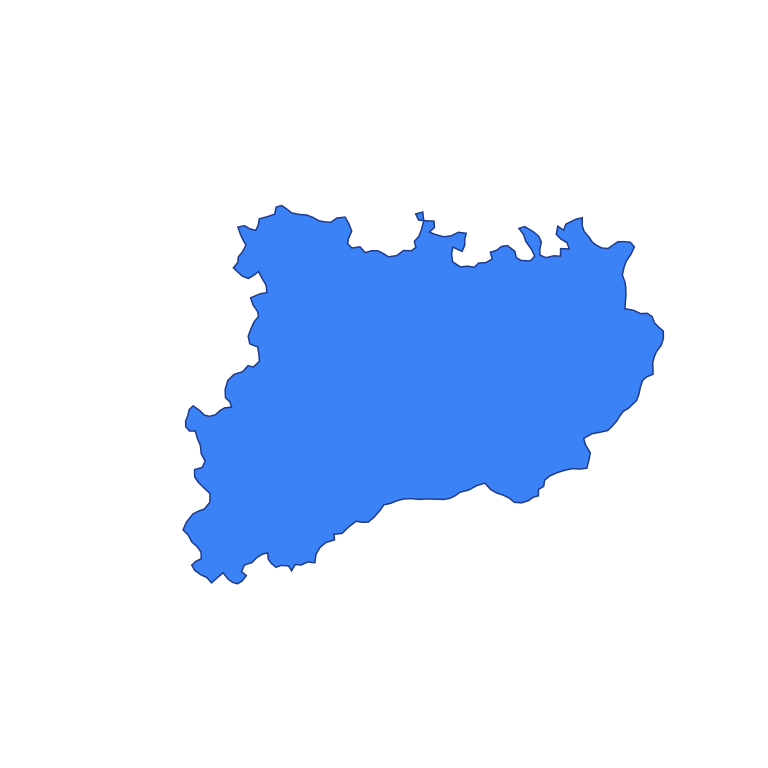 the district of São Vicente de Minas, Minas Gerais, Brazil, rotated 218°
{"feature_id": "56859067B71918006401006", "entity_name": "São Vicente de Minas", "entity_type": "district", "adm_level": 2, "iso_a3": "BRA", "parent_name": "Brazil", "parent_adm1": "Minas Gerais", "projection": "orthographic", "projection_center": [-44.466, -21.658], "detail": "fine", "context": "isolated", "style": "filled", "palette": "blue", "viewbox_px": 768, "rotation_deg": 218, "n_neighbors": 0, "source": "geoboundaries", "source_scale": "gbopen_adm2", "svg_char_len": 3712}
<svg xmlns="http://www.w3.org/2000/svg" viewBox="0 0 768 768"><g transform="rotate(218 384 384)"><path d="M453.2,537.2L449.4,528.4L447.4,521.6L448.0,515.2L443.0,511.3L444.5,505.8L450.7,501.3L453.1,492.9L458.7,487.0L465.5,486.3L470.9,485.2L475.8,481.4L479.6,476.0L487.4,477.3L493.0,471.4L499.0,472.1L501.5,476.7L503.6,484.6L509.9,488.4L517.3,491.6L523.3,485.8L525.6,478.5L530.1,475.5L535.6,472.6L542.5,471.5L548.7,469.7L555.6,465.2L562.1,462.0L568.9,462.0L574.4,461.7L577.9,457.0L574.7,450.6L578.8,444.2L584.0,437.3L581.0,432.1L579.6,426.2L584.8,423.8L591.5,422.8L595.7,417.7L588.9,413.3L583.1,410.4L578.3,408.6L576.9,401.0L577.1,394.5L574.1,390.0L574.2,382.8L567.3,382.1L561.9,381.8L555.9,383.6L553.4,390.0L552.1,395.4L545.0,392.1L537.5,389.2L532.6,383.9L537.3,378.5L542.2,369.8L535.7,365.6L528.3,363.3L524.5,360.0L524.6,352.7L522.6,344.8L520.4,338.0L514.5,333.0L506.3,335.4L500.4,329.9L496.2,325.2L497.4,316.8L502.4,314.8L503.0,306.6L508.1,299.2L509.3,290.7L505.7,281.7L500.4,275.5L494.7,275.1L489.9,271.9L494.8,267.2L496.9,262.0L498.0,255.7L501.6,251.1L506.3,248.9L513.3,249.6L521.0,249.3L521.7,243.8L519.1,238.2L517.5,232.6L513.9,228.2L508.4,227.2L503.8,230.7L497.3,226.1L490.9,222.5L485.2,216.6L477.4,213.1L475.9,206.3L480.6,199.9L475.9,194.1L469.6,192.2L462.9,191.4L453.7,190.5L448.4,183.5L448.6,174.7L451.8,169.9L454.6,163.9L454.6,153.5L452.5,145.3L445.3,144.4L438.2,141.2L431.2,140.8L424.6,138.8L420.4,133.7L423.0,128.8L424.0,122.9L418.3,120.6L410.8,120.9L404.7,122.4L397.5,121.1L396.1,128.6L394.5,136.1L386.9,134.3L381.4,134.4L376.4,136.4L374.5,141.5L374.5,148.3L380.8,148.5L382.5,155.5L378.1,162.0L377.5,168.2L375.2,174.9L371.7,179.3L367.4,174.7L362.1,173.2L356.2,173.1L353.5,177.6L347.3,181.9L341.8,179.9L342.8,187.2L337.9,190.3L334.4,196.9L328.4,200.5L332.8,207.9L333.8,215.7L332.3,223.1L327.0,230.7L330.9,234.8L325.1,240.4L323.7,250.2L321.5,258.6L316.1,261.6L311.4,265.4L309.8,273.4L309.3,282.5L309.8,288.6L305.4,293.9L302.1,299.7L297.8,305.4L291.8,310.6L285.5,314.5L280.0,319.4L274.3,323.6L269.9,326.9L265.7,329.9L261.8,334.4L259.3,339.3L257.4,345.7L252.1,352.4L248.3,361.2L243.4,368.0L235.3,366.5L228.4,367.4L222.1,369.7L215.1,371.2L208.5,371.0L202.3,375.1L198.4,381.0L196.7,386.6L193.5,390.9L197.4,396.2L195.1,401.6L198.2,407.2L196.7,413.6L192.9,420.9L188.0,427.9L183.1,433.6L177.9,437.1L172.3,442.5L176.0,450.9L179.1,456.8L188.1,460.3L193.1,464.1L189.6,472.7L183.8,479.3L179.1,485.0L178.3,490.5L177.8,497.9L178.5,504.0L178.6,509.7L176.4,515.5L175.6,520.9L174.8,526.4L176.7,532.5L180.0,539.3L182.4,546.1L181.4,551.4L178.0,557.3L181.4,561.6L185.5,566.4L187.6,571.3L189.3,577.5L189.3,584.9L191.8,591.8L196.4,597.6L203.1,598.0L208.5,598.7L214.1,602.2L220.2,601.7L225.0,597.5L232.7,595.7L240.6,591.6L244.4,597.4L248.5,603.6L253.4,609.4L257.5,613.1L263.2,616.5L266.5,623.3L268.8,630.0L269.3,638.5L271.1,646.2L277.2,647.4L283.1,643.5L287.3,640.1L289.0,634.7L290.9,628.7L296.0,625.3L301.7,624.2L306.9,624.0L312.9,626.0L320.2,627.4L325.4,630.9L330.1,637.1L334.2,632.1L339.1,621.9L337.2,615.7L344.2,615.4L340.4,608.0L333.6,607.1L326.8,608.0L321.2,604.5L328.2,599.4L323.6,593.3L329.0,589.7L334.1,583.3L340.4,581.6L344.0,585.9L347.5,592.8L353.3,595.7L359.9,595.9L370.0,594.7L373.5,589.7L366.1,587.7L359.9,583.6L350.1,580.7L344.0,577.5L344.5,571.1L352.0,565.7L357.6,565.1L362.8,569.2L372.1,569.0L376.2,564.5L377.6,558.6L381.3,553.3L375.7,549.2L378.4,542.4L383.9,537.5L384.7,531.6L390.7,528.3L395.9,523.3L405.2,522.5L410.8,528.1L414.1,534.2L404.1,536.6L405.9,543.3L409.5,547.8L412.0,553.4L418.8,549.3L422.4,542.0L427.5,536.8L434.9,533.7L441.7,531.6L440.6,538.4L444.9,543.1L453.2,537.2ZM453.2,537.2L459.4,543.4L463.7,537.5L457.6,534.5L453.2,537.2Z" fill="#3b82f6" stroke="#1e3a8a" stroke-width="1.5"/></g></svg>